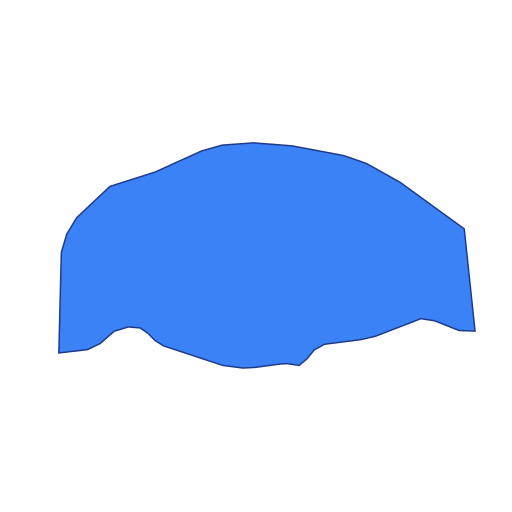 SVG path tracing the border of Govĭ-Sümber, rotated 81°
{"feature_id": "MNG-3330", "entity_name": "Govĭ-Sümber", "entity_type": "Municipality", "adm_level": 1, "iso_a3": "MNG", "parent_name": "Mongolia", "parent_adm1": "", "projection": "albers", "projection_center": [108.387, 47.737], "detail": "fine", "context": "isolated", "style": "filled", "palette": "blue", "viewbox_px": 512, "rotation_deg": 81, "n_neighbors": 0, "source": "natural_earth", "source_scale": "10m", "svg_char_len": 621}
<svg xmlns="http://www.w3.org/2000/svg" viewBox="0 0 512 512"><g transform="rotate(81 256 256)"><path d="M364.4,51.4L361.4,67.0L347.8,90.0L343.7,102.9L353.9,150.4L355.0,165.5L353.9,202.2L357.9,213.2L365.5,221.7L370.8,230.4L367.3,241.8L366.5,248.0L365.9,274.2L364.6,286.5L358.9,305.9L330.3,361.4L323.5,369.1L315.5,374.8L308.9,381.7L306.1,393.1L308.1,407.8L318.1,423.7L322.1,437.0L320.9,465.9L222.0,447.7L204.8,439.5L190.1,427.1L164.4,389.4L157.3,342.6L143.7,293.2L141.2,271.9L143.9,240.5L152.9,203.0L170.7,153.3L182.0,132.3L205.9,102.0L261.8,46.1L364.4,51.4Z" fill="#3b82f6" stroke="#1e3a8a" stroke-width="1.5"/></g></svg>